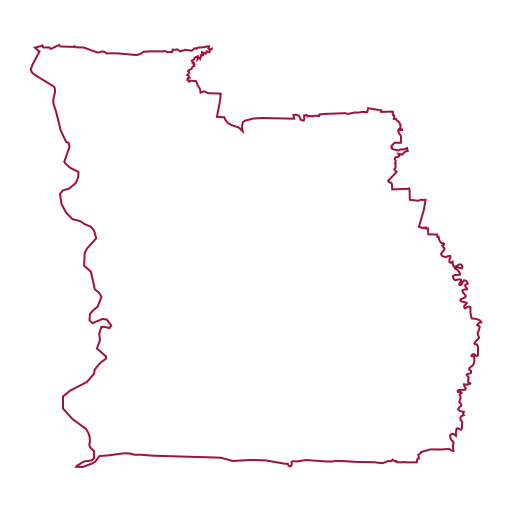 outline of Kota Tangerang Selatan, Banten, Indonesia
{"feature_id": "22746128B62533997811788", "entity_name": "Kota Tangerang Selatan", "entity_type": "district", "adm_level": 2, "iso_a3": "IDN", "parent_name": "Indonesia", "parent_adm1": "Banten", "projection": "mercator", "projection_center": [106.733, -6.296], "detail": "fine", "context": "isolated", "style": "outline", "palette": "rose", "viewbox_px": 512, "rotation_deg": 0, "n_neighbors": 0, "source": "geoboundaries", "source_scale": "gbopen_adm2", "svg_char_len": 5932}
<svg xmlns="http://www.w3.org/2000/svg" viewBox="0 0 512 512"><path d="M292.7,461.3L297.4,461.4L306.1,460.0L326.8,461.5L332.7,461.5L334.8,460.9L343.5,461.1L358.3,462.0L373.3,462.2L382.7,463.2L387.8,461.1L391.4,461.2L392.5,459.7L394.2,460.9L396.3,461.0L396.4,462.0L397.5,462.2L402.6,462.3L403.4,462.0L407.4,462.4L416.8,462.3L417.3,459.2L418.9,458.6L418.3,454.9L421.0,452.8L421.3,452.0L422.6,451.6L430.6,449.4L441.7,449.5L449.1,448.9L451.4,450.4L453.4,450.9L452.8,445.5L453.6,442.9L453.1,441.6L451.1,439.7L450.3,437.6L450.2,435.6L450.9,434.4L452.9,433.7L455.9,435.8L455.9,432.0L456.7,428.5L458.0,428.3L460.8,429.8L461.9,428.6L462.2,421.9L460.5,419.8L460.3,417.9L461.2,416.2L463.9,415.2L463.0,413.7L463.9,411.8L460.3,411.2L458.1,409.4L459.1,407.4L461.3,405.6L461.1,404.0L459.3,401.9L460.6,397.6L459.6,394.5L461.6,392.9L460.7,392.0L458.0,392.1L457.6,390.9L459.0,390.0L465.1,389.8L465.8,388.4L464.2,385.9L464.0,384.3L467.6,384.7L470.3,383.6L470.0,383.0L468.2,382.5L468.1,379.5L468.8,377.6L466.7,374.9L467.8,373.9L470.4,373.4L471.0,372.8L471.0,371.0L469.2,369.6L469.3,368.5L470.2,367.2L472.9,365.3L473.9,363.3L474.4,360.4L474.0,356.8L473.7,356.4L471.6,356.2L471.5,355.4L472.7,354.4L473.8,354.0L476.5,356.1L477.4,355.9L477.9,355.0L478.1,346.6L477.0,344.5L475.0,344.2L474.4,343.5L475.2,342.0L479.1,337.7L477.8,334.6L477.7,332.6L479.0,330.1L479.7,327.0L479.3,326.2L477.3,325.4L477.1,325.0L478.6,323.3L481.3,322.2L479.7,320.2L476.0,318.9L471.6,318.4L470.3,312.0L470.6,307.7L469.9,306.9L468.7,306.7L467.1,307.0L465.6,308.3L464.9,308.3L464.2,307.1L464.1,306.0L466.9,303.3L466.0,302.5L461.8,301.6L460.4,300.6L460.6,299.4L464.9,297.5L465.7,296.5L465.6,295.5L463.0,292.5L462.4,290.7L462.9,290.1L464.5,289.5L466.9,289.4L466.8,288.4L465.2,286.1L465.2,284.9L467.6,283.7L467.7,282.8L466.1,280.8L464.1,280.3L463.0,281.3L461.4,284.7L460.0,285.1L459.3,284.6L459.2,283.9L460.9,281.2L461.0,279.8L459.2,279.3L455.2,280.2L454.2,279.6L452.8,276.6L453.1,275.9L454.6,275.1L459.9,274.7L459.8,273.0L458.0,270.3L454.9,268.5L454.9,267.9L457.3,267.2L461.9,268.4L462.4,267.1L461.9,265.4L461.1,264.5L459.3,264.4L455.2,266.8L454.1,266.9L453.0,265.0L452.5,261.6L451.0,262.8L449.5,262.2L449.4,259.5L450.5,257.4L450.3,256.1L448.6,255.9L446.2,257.0L443.6,256.7L441.9,255.6L441.2,254.6L441.2,253.7L444.6,249.0L444.2,247.9L442.2,245.6L444.1,244.5L444.2,243.9L443.4,243.2L441.7,243.1L440.8,242.7L439.3,240.0L438.6,236.8L437.4,236.8L437.2,234.6L428.3,234.3L427.9,228.3L426.0,228.5L426.0,227.6L424.1,227.5L423.8,228.2L418.9,226.9L423.8,210.0L425.6,199.8L420.6,199.9L418.0,200.8L409.8,199.8L409.6,190.4L409.1,188.4L408.3,188.8L392.2,189.4L391.9,183.8L390.7,182.4L389.5,182.5L388.1,180.8L396.6,171.9L394.3,169.7L394.6,168.7L395.5,167.8L395.6,163.5L395.0,163.2L395.8,161.4L394.8,158.9L395.1,157.8L396.4,157.1L398.0,156.9L399.4,155.9L398.3,153.7L402.1,154.6L404.9,151.7L407.7,151.1L407.0,148.0L403.9,149.4L400.6,149.4L398.6,150.4L395.9,150.1L391.7,148.6L391.9,147.2L391.3,146.7L391.6,145.8L394.6,142.7L400.9,142.8L401.0,136.1L398.7,132.6L398.2,130.8L398.7,130.1L402.0,130.0L401.8,129.3L399.5,128.8L400.3,128.2L400.5,124.7L399.7,123.7L399.2,122.3L397.1,120.7L396.0,119.0L393.8,118.9L394.3,115.4L392.9,114.9L392.8,111.6L381.1,111.9L381.3,110.4L368.1,108.2L367.2,112.3L362.3,111.8L359.5,112.5L354.4,112.5L348.4,113.9L344.8,113.2L325.3,113.9L319.5,114.4L319.2,116.0L316.2,115.7L313.2,116.0L312.9,116.4L310.4,116.0L307.4,116.3L307.3,115.3L305.5,115.1L304.1,115.4L304.3,119.5L303.6,120.6L300.8,119.8L299.1,116.0L297.6,115.1L295.3,114.7L293.4,115.0L294.2,118.7L262.8,118.0L253.4,118.5L245.0,120.7L242.9,122.2L241.9,127.3L242.7,131.4L238.7,127.4L232.0,125.3L228.2,123.3L225.2,119.6L224.4,117.3L216.9,116.9L219.5,103.9L220.8,94.2L220.2,94.2L220.3,93.6L208.2,93.2L204.7,91.5L203.3,91.4L200.5,92.6L200.0,89.0L197.7,85.3L195.9,81.1L190.5,80.7L189.2,81.7L188.8,81.6L188.7,80.2L187.3,79.7L188.0,77.9L189.6,77.7L188.3,75.5L187.3,75.0L188.5,73.8L189.0,72.4L188.9,71.7L188.1,71.1L189.1,70.1L191.6,68.9L192.3,67.1L193.4,66.1L194.3,65.9L193.6,64.1L194.4,63.9L194.1,63.4L193.7,62.6L192.5,62.6L192.7,61.8L191.8,60.7L194.0,59.4L194.7,57.6L197.7,56.3L197.5,59.4L198.7,57.7L199.6,57.6L200.2,58.7L201.3,55.6L201.1,55.1L202.8,55.4L203.3,54.9L202.1,53.5L201.9,52.1L205.7,53.6L206.6,51.3L208.5,52.2L209.5,52.1L209.8,50.1L211.4,49.4L211.6,48.8L209.6,49.4L208.7,48.9L208.4,48.2L209.2,46.4L207.8,46.3L202.9,47.4L197.7,47.6L196.5,48.8L195.7,48.3L194.6,48.3L191.9,50.7L185.2,49.8L183.2,50.6L182.1,50.5L180.7,51.5L177.1,49.4L174.8,49.8L172.6,49.6L172.3,51.9L167.7,52.2L164.4,50.9L163.4,51.4L148.4,51.3L147.2,51.7L143.7,51.7L140.9,53.6L137.0,55.1L116.8,53.3L106.5,53.4L104.9,52.1L103.0,51.4L97.8,52.6L83.6,47.5L76.4,47.3L74.5,46.3L74.2,46.9L60.8,46.5L59.9,46.3L59.0,45.0L51.2,48.8L50.5,48.8L49.2,47.4L43.5,47.5L42.2,45.4L41.4,46.0L35.0,47.6L38.6,51.1L39.5,51.5L32.4,64.8L30.7,69.5L31.8,72.1L33.8,74.2L53.9,86.6L54.7,87.9L55.1,91.6L53.2,100.0L53.5,103.8L56.1,111.7L60.7,130.5L66.2,141.9L68.5,142.8L69.6,146.6L64.3,161.8L65.4,163.5L70.3,167.9L78.4,171.9L78.3,177.1L75.7,183.1L69.5,188.4L62.7,190.5L60.0,194.1L61.5,204.0L66.1,212.6L72.4,219.1L80.3,221.2L84.9,224.3L90.8,226.6L94.1,230.6L96.2,238.3L87.0,248.5L84.7,253.0L84.1,265.8L90.9,271.6L94.8,289.3L99.2,292.8L101.4,296.9L97.7,306.6L93.3,310.2L90.0,313.9L89.5,320.3L92.6,323.2L102.5,318.9L106.8,319.6L111.3,325.6L109.5,328.1L104.0,326.8L101.3,327.0L99.2,334.1L100.0,340.2L96.9,348.5L106.1,356.5L105.9,358.7L100.5,362.7L96.6,367.1L94.5,370.2L94.0,373.8L86.9,382.0L70.0,390.7L63.0,396.5L63.0,408.5L72.5,419.1L85.9,428.8L88.4,433.1L89.6,436.6L90.0,441.8L89.2,444.3L90.0,447.2L94.1,451.2L94.1,458.3L91.8,460.3L83.8,461.6L76.7,465.9L76.2,466.8L82.8,467.0L92.1,463.5L95.2,461.6L99.5,456.1L108.4,455.4L123.6,453.3L128.8,453.3L134.9,454.8L140.3,454.7L153.0,455.7L218.2,457.6L221.7,457.9L232.9,461.0L251.9,459.9L265.7,460.4L285.3,463.8L287.7,463.7L288.5,465.7L290.2,466.4L291.0,466.0L291.8,464.1L291.6,462.0L292.7,461.3Z" fill="none" stroke="#9f1239" stroke-width="2"/></svg>